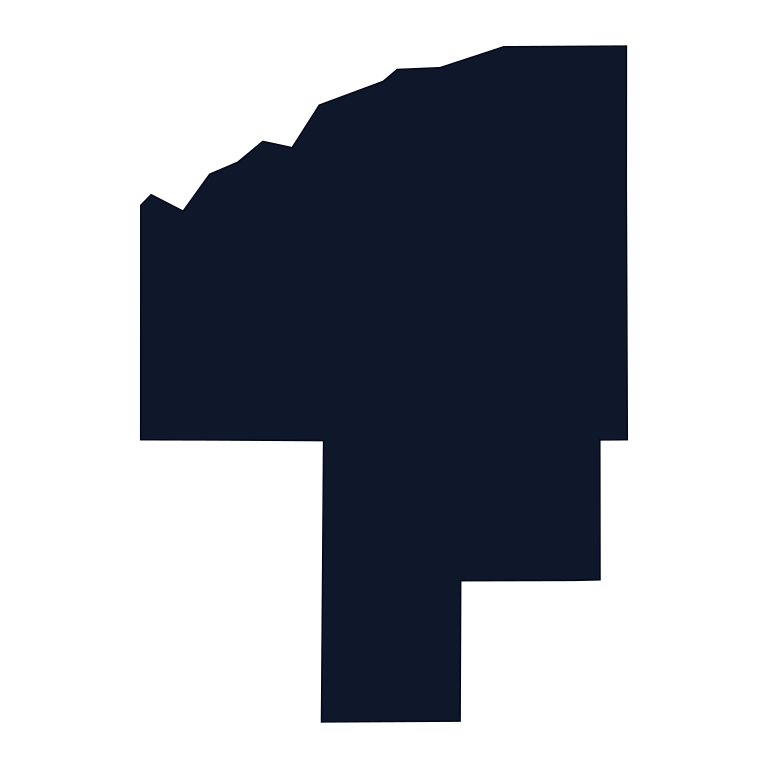 Choctaw, Mississippi, United States of America (Albers equal-area conic projection)
{"feature_id": "52423323B48791393763722", "entity_name": "Choctaw", "entity_type": "district", "adm_level": 2, "iso_a3": "USA", "parent_name": "United States of America", "parent_adm1": "Mississippi", "projection": "albers", "projection_center": [-89.259, 33.321], "detail": "fine", "context": "isolated", "style": "filled", "palette": "ink", "viewbox_px": 768, "rotation_deg": 0, "n_neighbors": 0, "source": "geoboundaries", "source_scale": "gbopen_adm2", "svg_char_len": 449}
<svg xmlns="http://www.w3.org/2000/svg" viewBox="0 0 768 768"><path d="M626.4,46.1L503.6,46.8L440.0,67.7L397.2,69.5L383.1,81.4L319.3,105.1L292.1,147.7L262.8,141.4L237.8,162.2L209.7,174.2L183.1,211.2L151.1,194.7L140.8,205.3L140.7,439.7L210.6,439.9L323.6,440.6L321.5,721.9L460.1,721.1L460.4,651.2L460.7,580.7L573.4,580.4L600.0,579.8L599.8,439.9L627.3,439.7L626.3,185.2L626.4,47.2L626.4,46.1Z" fill="#0f172a" stroke="#020617" stroke-width="1.5"/></svg>